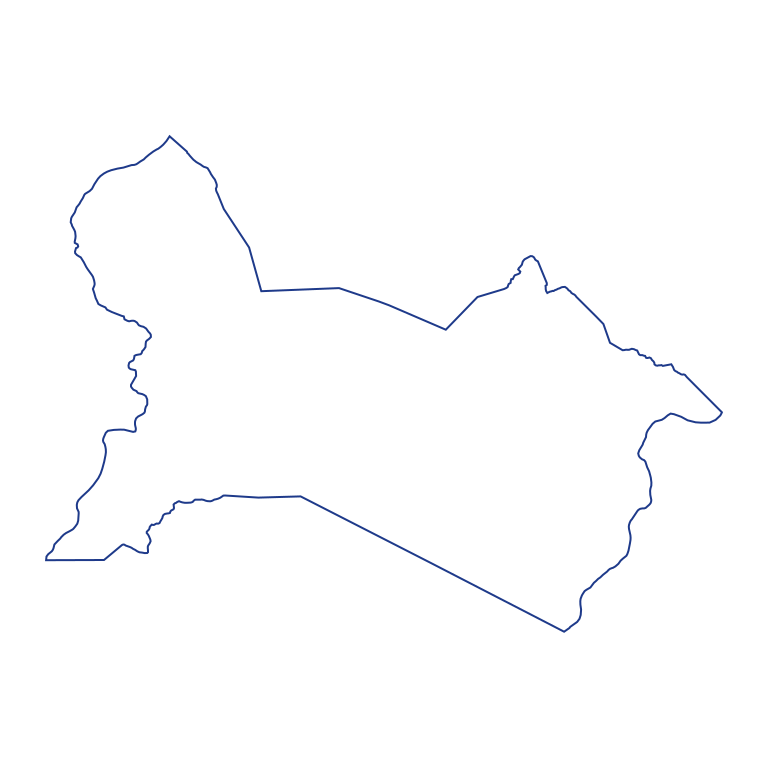 Pilão Arcado, Bahia, Brazil
{"feature_id": "56859067B31784854037335", "entity_name": "Pilão Arcado", "entity_type": "district", "adm_level": 2, "iso_a3": "BRA", "parent_name": "Brazil", "parent_adm1": "Bahia", "projection": "orthographic", "projection_center": [-43.194, -9.96], "detail": "fine", "context": "isolated", "style": "outline", "palette": "blue", "viewbox_px": 768, "rotation_deg": 0, "n_neighbors": 0, "source": "geoboundaries", "source_scale": "gbopen_adm2", "svg_char_len": 6051}
<svg xmlns="http://www.w3.org/2000/svg" viewBox="0 0 768 768"><path d="M46.1,560.2L104.0,560.0L122.0,545.0L123.2,544.5L124.5,544.7L125.6,545.5L130.1,547.1L131.6,547.8L133.0,548.8L135.4,550.0L136.6,550.9L138.1,551.7L139.5,552.3L142.1,552.6L144.7,553.1L147.2,553.0L148.0,552.2L148.0,550.4L147.8,548.3L147.8,546.7L148.2,545.5L149.0,544.4L149.9,542.9L150.6,541.2L150.3,539.5L148.8,535.9L147.9,534.4L146.7,533.0L146.8,531.7L149.0,529.5L149.5,528.3L149.7,527.1L150.6,525.8L151.8,524.6L153.1,525.0L154.3,524.8L155.5,524.0L156.8,523.5L158.0,523.7L159.5,523.1L160.4,521.3L161.4,519.7L162.4,517.9L162.7,516.4L163.5,514.9L165.0,513.9L167.1,513.5L168.9,513.3L170.0,512.9L170.3,511.6L171.2,510.5L173.5,509.3L174.0,508.1L173.6,504.5L174.8,503.3L176.0,502.9L177.2,502.0L179.0,501.2L180.7,501.9L182.4,502.4L184.8,502.8L186.9,502.8L190.7,502.6L192.6,502.0L193.7,500.7L195.1,499.7L196.6,499.7L200.4,499.7L201.6,499.5L203.7,499.9L205.7,500.7L207.4,501.1L210.1,501.3L211.6,501.0L212.7,500.5L214.3,499.6L216.3,499.2L218.3,498.6L220.3,497.7L221.9,496.6L223.3,495.6L225.0,495.5L258.4,497.6L300.6,496.4L431.3,563.2L564.1,631.7L569.4,628.0L570.3,626.8L577.2,621.9L579.5,618.8L580.7,615.0L581.1,609.7L580.4,604.6L580.3,601.2L580.6,598.8L581.3,597.0L581.9,595.4L583.1,593.4L584.6,591.1L586.4,589.8L590.4,587.5L593.9,582.8L595.9,581.1L598.1,578.9L600.3,577.4L603.0,574.8L607.2,571.5L608.4,570.1L609.9,568.9L611.9,568.1L613.0,567.8L615.4,566.4L618.4,563.8L620.6,560.7L622.9,558.6L626.4,555.8L627.4,553.9L628.5,550.6L629.9,543.6L630.5,539.9L630.6,537.7L630.4,535.2L629.0,528.9L628.8,526.7L629.0,525.0L629.8,522.5L630.8,520.5L631.8,519.4L637.4,511.0L638.4,509.9L640.2,508.8L642.5,508.4L644.2,508.4L645.7,507.9L649.4,504.6L650.5,503.3L651.1,501.7L651.3,500.0L650.3,494.9L650.1,490.9L650.4,488.7L651.3,485.7L651.4,482.5L650.8,477.7L650.3,475.7L649.1,471.3L647.2,467.3L645.4,461.7L644.2,460.2L641.9,459.2L639.8,457.4L638.8,455.8L638.2,453.4L639.3,450.2L642.7,444.6L643.2,442.8L646.0,437.1L646.2,434.6L646.7,432.6L647.9,430.2L652.6,423.8L655.3,421.5L659.2,420.5L661.8,419.8L664.5,418.1L667.8,415.3L670.6,413.6L674.0,414.2L681.2,416.8L687.6,420.3L695.6,422.3L701.4,422.7L709.6,422.6L715.6,419.9L720.3,415.5L721.4,413.5L721.9,412.3L686.9,377.2L686.0,376.1L685.0,374.9L683.7,374.4L682.2,374.6L680.8,374.2L679.5,373.3L677.9,372.6L677.0,371.8L675.4,371.1L674.1,369.9L673.0,367.0L671.3,364.3L662.8,365.9L661.5,365.1L660.2,365.3L658.9,365.3L657.3,365.7L655.8,365.4L654.5,364.4L654.3,362.7L653.5,361.4L651.9,359.9L650.9,358.2L649.4,357.5L647.7,358.0L646.2,357.9L645.6,356.9L645.1,355.9L643.8,355.7L642.3,355.1L640.2,355.1L639.0,354.3L637.2,350.5L635.6,350.0L634.0,349.2L631.8,348.8L629.0,349.8L627.7,349.8L626.0,349.7L624.1,350.1L622.6,350.2L610.0,342.8L603.4,324.0L596.1,316.5L576.3,296.8L575.4,295.5L574.2,294.5L572.9,293.9L571.4,292.9L570.3,291.3L568.5,290.2L567.3,288.6L566.0,287.6L564.9,286.9L562.2,287.1L561.1,287.5L559.6,288.3L557.7,288.9L556.6,289.6L555.0,290.1L553.6,291.0L552.5,290.9L551.2,291.4L550.1,291.6L548.6,292.3L547.3,293.0L546.1,291.0L545.7,289.1L545.7,287.4L545.5,285.9L546.8,284.9L546.8,283.1L537.9,261.4L536.2,260.4L535.2,259.6L534.6,258.4L533.7,257.1L532.2,256.2L530.5,256.1L524.6,259.3L523.8,260.2L522.8,261.5L522.4,262.8L521.9,264.7L519.9,267.1L518.8,268.1L518.2,269.5L520.3,271.6L519.7,273.2L518.3,274.0L514.8,275.3L514.1,276.3L512.8,279.1L511.3,279.1L510.8,280.7L510.6,282.9L508.7,284.0L508.0,285.7L507.8,286.8L506.5,287.9L504.1,289.0L477.5,297.0L445.8,329.7L389.1,305.3L378.9,301.5L339.0,288.1L261.3,291.2L249.1,247.5L223.8,209.0L217.7,193.9L217.0,192.6L216.2,190.7L215.9,188.6L216.7,186.9L216.8,184.9L216.2,182.9L214.9,179.6L213.0,177.1L210.8,173.8L210.2,172.4L207.6,168.2L206.1,167.5L203.8,166.8L202.4,165.9L200.7,164.6L197.2,162.6L195.7,161.6L194.7,160.7L193.6,159.9L192.1,158.3L189.7,155.6L188.4,153.9L187.3,153.0L186.9,151.6L169.6,136.3L166.4,141.1L163.2,144.7L160.8,146.8L158.3,148.7L156.6,149.5L153.3,151.5L149.0,154.7L145.8,157.4L143.8,159.4L140.3,161.5L137.5,163.5L136.2,164.3L134.3,164.9L131.5,165.1L123.4,167.6L117.5,168.6L111.2,170.2L107.2,171.7L103.9,173.5L100.4,176.1L98.1,178.6L97.3,179.8L94.4,184.2L92.0,188.8L89.6,191.1L85.2,193.8L84.4,194.7L82.8,198.2L80.7,201.5L79.6,203.6L78.3,205.3L76.6,207.3L74.8,212.4L71.8,216.9L71.2,218.3L70.7,222.3L71.8,224.6L72.0,225.7L74.3,229.9L75.1,231.8L75.6,236.1L75.4,238.3L74.7,241.7L74.8,242.9L77.6,244.4L78.2,246.3L77.5,247.5L76.0,248.1L75.0,251.6L75.2,253.2L76.9,255.0L78.9,256.3L80.8,257.4L83.8,262.2L86.2,266.9L87.8,269.4L92.0,275.2L93.0,276.9L94.1,280.4L94.6,283.2L94.6,284.5L94.3,285.7L92.9,289.0L94.1,292.6L95.7,298.2L96.8,300.4L98.4,304.0L100.8,305.4L105.4,307.4L107.0,309.7L112.0,312.1L121.8,315.9L123.8,316.4L124.5,319.3L127.4,320.8L129.1,321.3L131.3,320.8L133.1,320.7L134.6,321.0L137.0,322.6L138.1,324.3L138.9,325.3L141.0,326.2L143.5,326.8L146.1,328.5L148.4,331.7L150.1,333.5L150.8,334.8L150.9,337.0L149.2,338.8L146.9,340.5L146.0,341.6L145.7,343.5L145.5,347.0L144.2,349.0L143.2,350.2L142.3,351.0L141.7,353.0L140.7,354.2L138.9,354.5L136.2,355.0L134.5,355.8L134.0,358.8L133.2,360.4L129.9,362.1L129.1,363.0L128.5,365.5L128.8,367.6L129.6,368.5L130.8,369.2L135.3,370.2L135.9,371.6L136.1,376.0L131.0,384.8L131.0,386.5L131.6,387.6L133.4,389.7L136.5,391.1L137.3,392.3L138.3,393.2L142.3,394.1L144.2,395.0L145.9,396.2L147.2,399.4L147.3,404.1L146.9,405.3L145.9,406.6L145.1,409.4L144.9,411.5L144.4,412.7L142.8,414.0L141.6,414.7L138.1,416.5L136.1,418.4L135.1,421.2L135.0,422.5L135.0,424.3L135.2,425.6L135.8,428.2L135.8,429.8L135.3,431.4L133.1,431.9L124.2,429.7L120.2,429.6L113.9,429.9L107.9,430.8L105.8,432.8L103.7,437.5L103.2,439.0L103.0,440.4L103.3,441.9L104.7,444.2L105.4,446.9L105.8,449.3L105.9,452.2L105.5,455.2L104.2,461.7L102.3,468.7L100.6,473.7L98.3,478.2L93.2,485.2L88.7,490.3L81.5,497.0L78.5,500.2L77.3,502.4L76.8,504.9L77.0,508.3L78.6,511.8L78.7,513.2L78.2,520.6L77.3,523.7L75.3,526.5L73.3,528.9L72.2,529.7L69.6,531.2L66.1,533.0L63.7,534.7L61.1,537.3L60.3,538.5L57.7,541.0L54.4,544.5L53.5,548.2L52.9,549.7L51.8,551.3L48.2,554.2L46.5,556.5L46.1,560.2Z" fill="none" stroke="#1e3a8a" stroke-width="2"/></svg>